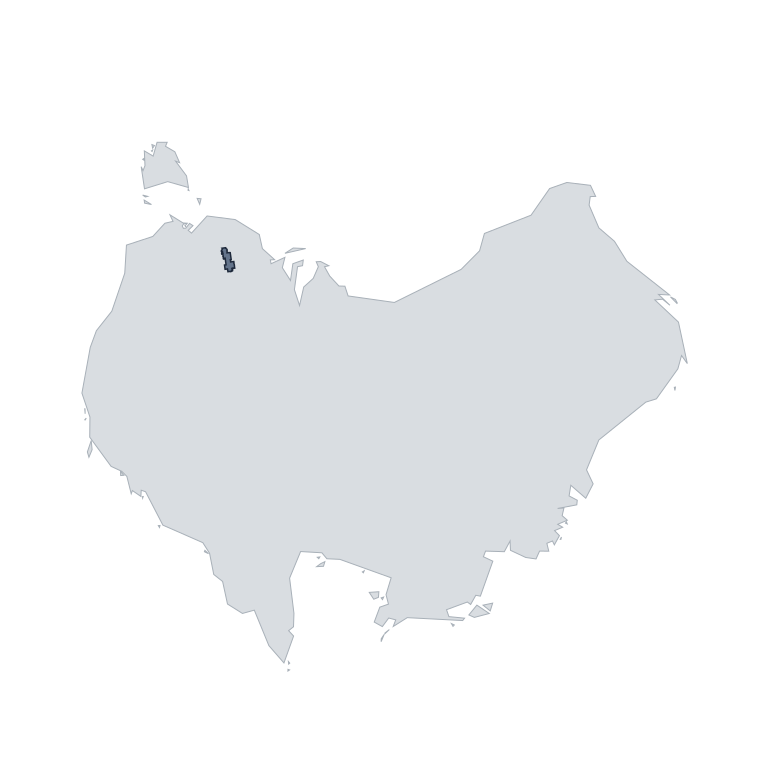 Yarriambiack, Victoria, Australia shown in context, rotated 172°
{"feature_id": "25037944B93002214322562", "entity_name": "Yarriambiack", "entity_type": "district", "adm_level": 2, "iso_a3": "AUS", "parent_name": "Australia", "parent_adm1": "Victoria", "projection": "albers", "projection_center": [142.438, -36.026], "detail": "fine", "context": "in_parent", "style": "filled", "palette": "slate", "viewbox_px": 768, "rotation_deg": 172, "n_neighbors": 0, "source": "geoboundaries", "source_scale": "gbopen_adm2", "svg_char_len": 5830}
<svg xmlns="http://www.w3.org/2000/svg" viewBox="0 0 768 768"><g transform="rotate(172 384 384)"><path d="M534.4,140.9L543.9,178.1L556.1,176.5L569.6,187.9L571.3,210.9L579.1,219.1L580.3,240.7L585.5,252.1L622.6,275.0L635.1,310.5L639.2,312.6L640.4,306.5L648.0,313.5L649.6,310.5L651.5,328.3L655.8,334.0L665.7,340.4L682.8,372.3L679.8,392.2L684.4,417.0L669.8,461.1L661.4,476.8L643.4,494.0L625.3,529.8L619.7,557.4L592.4,562.3L578.6,573.7L570.3,574.4L572.4,581.3L559.8,570.8L561.8,568.6L561.0,566.1L558.6,565.9L554.2,570.1L551.1,567.4L556.5,563.4L553.6,560.2L535.8,575.0L508.4,567.5L486.7,549.4L485.6,535.0L475.0,522.3L479.3,522.7L479.1,518.8L464.5,523.2L468.5,513.3L462.2,499.5L457.5,515.8L446.7,518.0L448.2,512.5L453.3,512.2L459.6,489.9L456.7,473.5L450.0,491.2L439.4,498.4L432.7,509.3L434.1,514.5L429.7,514.1L422.2,508.8L426.6,508.4L422.7,498.4L415.0,487.3L409.1,486.3L407.3,476.2L362.4,463.3L291.6,486.8L270.8,502.6L263.6,519.1L214.9,530.7L192.8,554.5L174.9,558.1L151.9,552.0L148.3,540.3L153.7,540.9L156.0,532.6L149.5,508.7L135.9,493.2L126.4,471.7L88.8,432.4L99.7,434.5L89.9,422.2L96.3,429.2L104.1,429.6L83.8,404.3L80.8,362.0L85.4,370.8L90.9,358.1L116.3,331.4L127.3,329.6L179.0,298.7L195.4,270.8L190.8,256.0L200.1,242.8L213.1,257.7L216.3,247.4L208.8,242.0L209.9,237.5L229.4,236.6L223.1,236.1L225.9,228.8L221.4,223.6L231.5,220.9L227.0,217.3L235.5,215.1L231.4,209.4L237.7,201.0L239.0,205.1L244.9,203.6L244.1,195.5L253.2,196.9L257.8,189.6L267.8,192.5L281.9,201.7L281.0,211.0L288.2,201.2L306.7,204.4L309.6,199.1L300.9,193.4L318.1,160.5L322.5,162.0L328.9,153.6L331.8,156.5L353.5,151.8L352.1,144.6L336.8,140.9L339.0,138.8L393.5,149.4L408.6,142.6L405.2,148.8L411.9,151.6L419.4,144.0L426.8,149.6L419.2,163.6L410.2,165.4L411.3,175.1L403.9,191.1L452.1,216.5L464.9,218.9L469.0,225.5L489.9,229.7L504.5,204.9L505.1,169.4L507.4,156.2L512.8,153.0L508.6,147.0L521.9,121.7L534.4,140.9ZM550.3,605.8L570.0,614.5L594.0,610.6L594.2,633.0L592.9,628.9L590.3,633.5L588.9,648.2L580.9,641.8L575.1,654.9L565.1,653.5L567.3,649.8L558.8,643.1L555.6,631.6L559.4,633.7L550.6,617.6L550.3,605.8ZM311.7,142.1L327.0,140.3L332.1,143.5L322.8,152.1L311.7,142.1ZM442.7,529.0L463.9,527.2L455.0,531.3L442.7,529.0ZM424.1,172.3L427.6,179.7L418.0,179.0L419.2,173.5L424.1,172.3ZM681.8,368.7L682.2,359.6L686.4,352.5L687.2,358.0L681.8,368.7ZM589.3,594.1L595.9,596.4L595.9,599.5L589.3,594.1ZM310.4,144.5L316.7,151.2L306.9,151.9L310.4,144.5ZM543.2,593.8L539.4,592.9L541.5,587.6L543.2,593.8ZM476.1,212.5L471.7,214.9L467.3,216.3L469.3,211.9L476.1,212.5ZM88.2,430.4L83.7,427.2L82.3,423.4L82.7,423.0L88.2,430.4ZM594.3,602.4L596.7,604.7L591.9,602.7L594.3,602.4ZM654.3,329.8L657.5,330.0L657.1,334.0L654.3,329.8ZM581.4,240.4L585.2,242.9L584.5,244.2L581.4,240.4ZM580.3,649.7L580.5,653.4L578.1,652.1L580.3,649.7ZM684.1,396.1L683.8,401.1L683.5,401.0L684.1,396.1ZM350.6,137.4L347.9,135.6L349.4,134.4L350.6,137.4ZM422.2,132.1L418.7,136.0L422.7,129.2L422.2,132.1ZM685.3,390.2L683.6,391.7L684.8,390.0L685.3,390.2ZM431.6,200.9L429.6,201.8L430.7,199.9L431.6,200.9ZM416.6,172.6L414.0,173.1L415.5,170.7L416.6,172.6ZM96.8,337.1L97.0,340.3L95.8,340.4L96.8,337.1ZM517.4,119.9L517.3,122.5L516.2,120.7L517.4,119.9ZM558.6,567.2L559.1,568.9L558.4,568.4L558.6,567.2ZM417.8,137.2L412.9,140.1L417.9,136.5L417.8,137.2ZM231.1,205.6L229.6,207.8L230.4,205.5L231.1,205.6ZM581.9,647.2L580.6,647.8L581.3,646.5L581.9,647.2ZM474.2,221.7L471.6,221.7L472.9,220.1L474.2,221.7ZM223.7,221.0L222.6,222.2L222.0,219.9L223.7,221.0ZM591.7,640.1L589.9,641.0L590.5,639.0L591.7,640.1ZM519.1,113.1L518.8,114.8L517.3,114.0L519.1,113.1ZM557.6,569.5L559.3,571.2L556.4,570.6L557.6,569.5ZM627.2,275.2L625.5,275.1L626.3,273.1L627.2,275.2ZM639.0,306.1L638.1,306.1L638.9,304.5L639.0,306.1ZM551.1,603.1L550.7,604.5L550.2,602.7L551.1,603.1Z" fill="#d9dde1" stroke="#a8b0b8" stroke-width="1"/><path d="M522.9,516.9L522.6,516.9L522.0,516.9L521.9,516.9L521.3,516.9L521.2,516.9L520.8,516.8L520.7,516.8L520.6,516.7L520.4,516.7L520.0,516.7L519.9,516.8L519.9,516.7L519.7,516.7L519.6,516.8L519.6,516.7L519.2,516.8L519.0,517.0L518.7,517.0L518.4,517.1L518.2,517.2L518.2,517.3L518.3,517.5L518.1,517.7L518.1,517.8L518.0,518.1L518.1,518.3L518.2,518.5L518.3,518.8L518.5,519.3L518.0,519.3L517.9,519.4L517.9,519.8L517.7,519.7L517.7,519.8L517.4,519.8L517.4,519.7L517.2,519.6L516.9,519.6L515.7,519.5L515.7,522.4L515.6,522.5L515.7,523.6L515.8,523.9L515.8,524.0L515.9,524.4L515.8,524.5L515.8,524.9L515.7,525.1L515.7,525.3L515.7,525.5L515.7,526.2L515.9,526.2L518.9,526.2L518.9,528.4L518.0,528.4L518.0,528.7L518.0,529.0L518.0,529.9L518.0,534.4L518.0,534.6L518.0,535.5L518.4,535.6L518.8,535.6L519.0,535.7L520.3,535.7L520.4,535.8L521.1,535.8L521.0,536.0L521.1,536.3L521.1,536.5L521.0,536.8L521.0,537.0L521.0,537.3L521.0,537.5L520.9,537.5L520.9,537.8L520.9,538.0L520.9,538.3L520.8,538.5L520.7,538.5L520.7,538.8L520.7,539.0L520.8,539.1L520.9,539.3L520.9,539.5L521.0,539.6L521.1,539.8L521.1,540.0L521.1,539.9L521.2,540.0L521.3,540.1L521.5,540.2L521.5,540.3L521.8,540.4L521.8,540.5L522.0,540.7L522.0,540.8L522.0,541.0L525.5,541.0L525.2,540.5L525.2,540.3L525.5,539.9L525.9,539.2L526.3,539.0L526.5,538.6L526.4,538.5L526.5,538.4L526.6,538.2L526.6,537.9L526.2,537.8L525.9,537.7L525.5,537.5L525.5,536.6L526.2,536.6L526.3,536.6L526.3,536.2L526.6,536.0L526.6,535.6L526.4,535.6L526.4,535.1L525.9,535.1L525.5,535.1L525.6,534.9L525.5,534.6L525.5,533.3L525.3,533.5L525.4,533.2L525.6,533.1L525.7,532.8L525.4,532.7L525.4,532.3L525.5,532.3L525.5,532.1L525.4,532.1L525.4,531.9L525.5,531.9L525.5,531.4L525.6,531.2L525.7,530.9L525.5,530.4L525.5,530.1L525.1,530.0L524.8,530.0L524.2,530.5L524.2,530.4L523.8,530.4L523.8,528.4L523.8,527.3L523.7,527.3L523.8,527.3L523.8,526.5L523.8,526.2L523.8,524.0L525.4,524.0L525.4,523.1L525.4,522.0L525.4,521.4L525.4,521.2L525.4,520.6L525.4,519.7L523.0,519.7L523.0,518.3L522.9,518.3L522.9,516.9Z" fill="#64748b" stroke="#1e293b" stroke-width="1.5"/></g></svg>